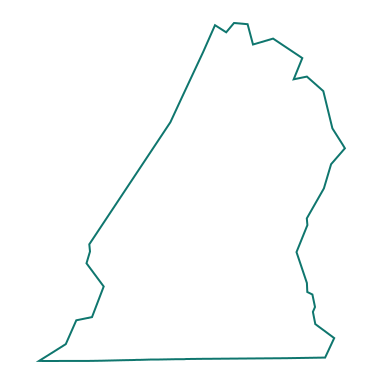 Hamilton, Tennessee, United States of America (Natural Earth projection)
{"feature_id": "52423323B89334194896332", "entity_name": "Hamilton", "entity_type": "district", "adm_level": 2, "iso_a3": "USA", "parent_name": "United States of America", "parent_adm1": "Tennessee", "projection": "natural_earth1", "projection_center": [-85.164, 35.221], "detail": "fine", "context": "isolated", "style": "outline", "palette": "teal", "viewbox_px": 384, "rotation_deg": 0, "n_neighbors": 0, "source": "geoboundaries", "source_scale": "gbopen_adm2", "svg_char_len": 826}
<svg xmlns="http://www.w3.org/2000/svg" viewBox="0 0 384 384"><path d="M325.1,357.6L334.2,338.1L315.3,324.1L312.9,311.9L315.0,307.0L312.4,294.5L307.3,292.0L306.9,283.0L296.5,252.1L307.4,225.1L306.8,218.4L323.9,188.4L331.1,164.2L344.9,148.3L342.6,144.5L332.4,128.4L323.3,91.1L306.9,76.6L293.7,79.3L302.3,58.1L273.1,38.6L253.0,44.5L247.6,24.2L234.0,23.0L226.2,32.3L215.0,25.2L203.2,51.9L182.0,97.2L170.4,122.2L89.3,244.3L90.0,251.5L86.5,263.3L103.7,286.5L92.0,317.1L76.3,320.3L65.8,344.1L39.1,360.9L43.4,361.0L90.4,360.9L102.5,360.7L123.5,360.2L134.5,360.0L136.1,359.9L138.4,359.9L142.4,359.8L152.2,359.5L153.2,359.5L159.4,359.5L165.2,359.4L176.3,359.2L179.3,359.2L184.2,359.2L185.0,359.1L186.5,359.0L187.3,359.0L204.9,358.8L208.0,358.8L285.8,358.2L323.4,357.6L325.1,357.6Z" fill="none" stroke="#0f766e" stroke-width="2"/></svg>